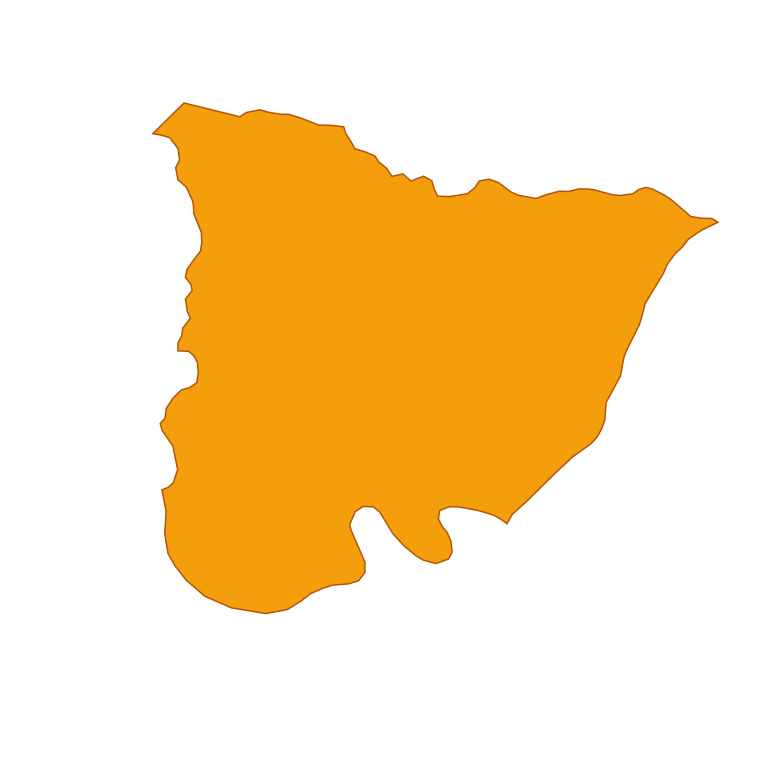 Primeiro de Maio, Paraná, Brazil (Natural Earth projection), rotated 104°
{"feature_id": "56859067B81342579532377", "entity_name": "Primeiro de Maio", "entity_type": "district", "adm_level": 2, "iso_a3": "BRA", "parent_name": "Brazil", "parent_adm1": "Paraná", "projection": "natural_earth1", "projection_center": [-51.083, -22.858], "detail": "fine", "context": "isolated", "style": "filled", "palette": "amber", "viewbox_px": 768, "rotation_deg": 104, "n_neighbors": 0, "source": "geoboundaries", "source_scale": "gbopen_adm2", "svg_char_len": 2101}
<svg xmlns="http://www.w3.org/2000/svg" viewBox="0 0 768 768"><g transform="rotate(104 384 384)"><path d="M146.3,99.1L144.1,105.8L146.3,115.6L147.3,126.8L136.3,148.6L133.1,156.8L129.9,170.4L129.9,177.6L133.7,183.8L139.4,188.8L143.9,200.1L145.1,207.8L144.8,227.4L145.7,234.6L147.6,242.0L152.6,251.8L154.5,260.4L161.1,272.4L167.2,281.3L168.4,298.7L167.1,306.9L160.8,321.8L159.9,331.6L163.9,340.7L171.5,343.3L179.1,349.0L182.5,356.7L186.1,365.1L188.8,377.3L182.9,382.3L175.3,386.7L172.8,395.8L180.6,407.0L175.5,416.5L180.6,426.5L174.1,433.6L169.9,442.7L165.0,447.9L163.4,457.7L162.7,469.3L157.4,474.1L150.2,481.7L144.2,485.3L145.8,497.8L148.6,510.2L146.2,527.7L145.4,541.6L147.3,549.7L148.3,561.9L148.0,570.8L153.9,583.3L159.6,588.7L159.7,646.0L197.0,668.9L196.4,661.0L196.8,651.5L205.5,640.7L216.2,636.6L224.7,638.4L235.7,633.3L240.7,623.5L253.0,613.7L258.6,611.5L264.4,609.9L272.8,603.9L280.9,598.0L290.9,595.0L299.5,594.2L309.9,598.8L320.9,602.9L328.7,602.4L334.1,595.4L339.8,592.8L349.7,597.2L355.5,594.7L361.5,592.3L367.0,587.8L378.6,592.8L386.2,591.9L393.8,593.8L401.7,592.0L399.5,581.4L402.5,575.4L408.3,570.3L418.0,566.9L428.1,566.0L434.7,572.0L438.8,579.2L448.6,585.2L460.1,589.3L470.2,588.2L476.4,591.6L482.5,588.2L495.2,573.9L517.0,563.5L530.9,564.6L536.8,568.8L540.5,573.9L560.1,564.6L582.3,560.5L600.7,552.6L611.0,542.8L622.3,528.2L633.3,506.5L638.1,477.9L635.3,443.1L626.2,423.2L614.2,411.5L605.4,404.8L596.9,394.0L591.5,384.9L586.3,369.6L580.9,361.0L571.5,356.9L561.4,359.4L534.0,380.4L528.7,383.3L514.9,381.1L507.9,374.7L505.7,364.6L509.5,356.9L527.1,339.2L536.3,325.3L542.8,311.7L545.4,303.2L545.7,290.1L538.2,279.1L530.8,277.2L520.8,280.7L512.9,286.7L507.9,293.3L501.6,298.6L493.4,299.4L487.4,291.1L485.2,282.2L484.0,262.9L484.6,246.5L486.8,238.2L489.8,230.8L479.6,228.1L462.9,216.9L429.0,196.3L408.7,183.1L391.6,168.5L383.8,164.4L375.8,162.2L365.8,161.0L348.1,164.0L319.0,156.5L300.5,157.7L292.9,156.8L264.3,150.5L253.6,150.1L242.7,150.1L209.2,139.7L199.2,138.1L187.3,133.1L178.7,127.6L169.4,123.5L157.4,112.5L146.3,99.1Z" fill="#f59e0b" stroke="#b45309" stroke-width="1.5"/></g></svg>